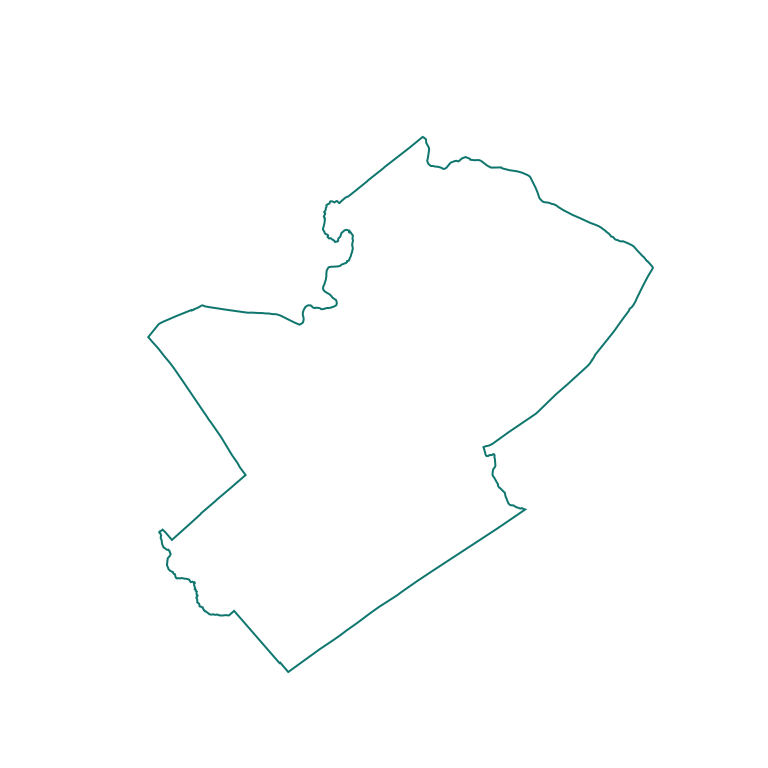 outline of Balaci, Teleorman, Romania, rotated 142°
{"feature_id": "2599482B69496145689", "entity_name": "Balaci", "entity_type": "district", "adm_level": 2, "iso_a3": "ROU", "parent_name": "Romania", "parent_adm1": "Teleorman", "projection": "albers", "projection_center": [24.893, 44.347], "detail": "fine", "context": "isolated", "style": "outline", "palette": "teal", "viewbox_px": 768, "rotation_deg": 142, "n_neighbors": 0, "source": "geoboundaries", "source_scale": "gbopen_adm2", "svg_char_len": 6166}
<svg xmlns="http://www.w3.org/2000/svg" viewBox="0 0 768 768"><g transform="rotate(142 384 384)"><path d="M201.4,554.9L218.0,554.5L249.8,554.6L252.1,554.4L270.9,554.3L272.7,554.1L291.8,553.8L296.9,553.8L298.1,554.3L299.5,554.6L304.5,554.4L307.2,554.0L307.9,554.2L308.0,554.5L308.1,556.1L308.5,557.2L309.1,557.4L311.3,557.6L312.2,559.6L313.5,560.8L314.3,560.9L315.8,559.8L317.7,560.3L319.4,560.3L319.7,559.6L320.4,558.9L321.6,558.4L322.9,557.0L325.3,556.3L325.5,555.8L325.2,555.2L325.2,554.7L325.5,554.4L328.3,553.0L328.5,552.3L328.4,551.1L329.2,550.7L329.4,549.9L329.8,549.5L331.9,547.4L336.8,543.6L337.1,542.8L337.1,541.7L337.8,539.0L337.6,538.0L336.7,536.6L336.5,535.7L336.7,535.2L337.9,534.7L337.9,534.4L337.6,532.4L336.3,531.8L336.1,531.4L335.7,529.3L335.4,529.0L335.2,528.4L335.0,526.6L335.1,526.0L334.1,525.7L333.1,525.0L332.0,525.0L331.0,526.3L330.1,526.8L327.8,527.0L324.7,529.1L321.1,529.4L319.9,529.2L318.8,528.7L316.9,526.2L318.0,525.5L318.1,525.0L317.9,524.5L317.1,524.6L316.9,524.4L317.1,521.4L317.0,520.4L319.5,517.7L319.9,516.4L320.3,515.9L321.2,515.3L323.8,512.9L323.9,512.1L325.6,509.4L326.8,508.8L327.9,507.5L329.0,507.1L331.3,505.3L335.9,502.9L337.5,503.6L338.1,502.8L339.8,502.8L341.0,503.4L341.9,503.5L343.8,504.2L345.9,504.1L348.3,505.2L348.8,505.7L352.7,508.3L353.2,508.8L355.5,510.0L356.2,510.0L359.3,508.7L362.0,505.9L362.6,504.9L365.5,502.1L368.7,500.0L369.5,499.3L371.9,498.2L372.9,497.2L373.7,495.9L373.8,494.1L373.3,492.2L371.7,488.2L371.4,486.4L371.4,483.7L370.2,479.9L370.3,478.9L371.5,476.6L372.8,475.6L373.9,475.5L375.6,475.8L378.8,476.9L380.3,477.6L382.1,479.0L385.9,480.5L387.0,481.3L387.5,481.8L387.7,482.8L388.3,483.8L390.8,486.2L391.7,486.3L392.1,486.7L393.0,488.4L393.1,490.3L393.6,491.3L395.2,492.6L396.3,493.0L398.5,493.1L401.7,491.8L404.0,490.2L405.5,488.4L406.5,485.9L407.5,484.4L408.7,483.3L410.2,482.3L412.8,482.5L414.1,482.8L416.9,487.9L423.4,501.6L425.4,504.6L426.7,506.0L428.8,507.7L431.4,510.5L433.9,512.5L436.5,515.1L438.3,516.4L444.4,521.8L445.9,522.8L447.9,524.5L460.8,537.8L474.8,552.6L477.4,555.6L478.0,556.9L479.0,558.0L481.2,558.4L483.4,558.6L488.2,560.0L488.4,559.7L489.0,559.9L490.4,560.4L490.3,560.9L505.1,565.2L520.0,569.1L523.8,569.8L525.0,569.8L540.9,566.1L540.6,559.9L540.0,551.3L540.0,541.5L539.7,531.7L539.8,526.4L540.8,509.6L543.0,477.6L543.6,467.5L544.0,463.6L544.0,460.7L545.0,443.0L547.6,421.1L548.1,411.7L548.9,406.8L549.1,397.5L568.0,396.5L587.2,395.8L588.1,395.6L607.8,394.7L608.5,394.4L621.7,393.4L647.1,391.7L647.6,402.1L648.1,405.5L648.9,405.4L651.8,405.9L652.5,405.4L652.6,405.0L652.1,403.8L652.6,403.2L652.9,401.7L654.0,401.0L654.4,400.5L654.8,400.2L655.4,397.7L656.4,396.3L657.2,394.8L657.6,393.9L658.0,391.9L658.3,391.3L658.3,390.8L657.8,389.7L657.3,387.5L656.9,386.8L655.9,386.2L656.1,385.5L655.8,384.4L655.9,384.0L656.3,383.4L656.5,382.9L656.6,381.7L657.7,380.8L658.6,380.4L661.7,379.8L662.2,379.4L662.6,378.8L664.0,377.7L664.9,376.4L665.6,376.0L666.3,375.1L666.8,374.2L667.4,371.7L667.7,371.2L667.7,369.7L667.4,368.2L666.6,366.5L666.1,365.8L666.5,364.8L666.5,364.0L666.4,363.4L665.9,363.0L665.9,362.8L666.6,361.2L667.0,360.6L667.1,360.1L666.9,359.2L667.2,358.8L666.6,358.0L665.3,357.4L664.0,356.0L663.0,355.8L661.1,353.5L659.4,351.9L658.0,349.9L658.3,346.9L656.6,346.1L656.1,344.8L655.5,344.7L655.4,344.4L655.4,344.0L655.6,343.6L656.7,343.6L656.8,343.0L657.4,342.5L658.2,340.4L658.4,339.4L659.4,339.0L659.0,337.7L659.7,337.1L659.3,335.7L659.9,335.4L661.1,333.7L661.4,332.9L661.0,332.5L661.0,332.3L662.3,331.4L663.0,331.5L663.2,331.3L663.7,330.5L663.7,329.4L664.4,328.6L665.1,327.3L665.6,327.0L665.6,326.5L665.2,325.7L665.0,324.9L665.3,323.8L666.1,322.6L666.2,322.2L665.0,320.8L665.0,320.2L664.4,319.5L664.8,318.5L664.9,317.8L665.2,317.0L664.8,316.0L665.1,315.4L664.8,315.2L664.2,313.5L663.5,311.1L663.4,310.1L662.1,308.6L660.4,307.7L660.2,307.2L658.6,305.6L657.4,305.2L656.6,303.4L655.9,303.1L655.5,302.4L654.4,301.4L651.0,299.3L648.7,297.1L641.8,297.5L638.2,228.9L638.0,228.1L637.3,228.2L636.8,216.0L597.8,214.6L580.3,213.3L571.2,212.9L566.1,212.9L552.1,212.2L536.4,211.9L525.1,211.4L503.5,209.4L497.9,209.3L479.5,208.3L461.3,206.9L384.0,200.4L350.0,198.2L352.0,201.5L352.7,201.5L353.7,202.5L354.6,204.2L355.5,205.2L356.7,208.4L357.0,208.9L359.0,210.7L359.3,211.7L359.4,212.9L359.3,214.1L357.9,218.7L357.6,220.2L355.8,223.9L356.6,230.4L357.0,231.4L357.0,232.2L356.7,234.0L355.9,234.8L355.6,237.4L354.8,242.4L354.8,243.7L354.7,245.0L353.8,246.4L351.4,248.8L350.1,249.7L348.2,250.1L346.5,251.0L342.7,256.8L342.2,258.1L340.8,259.7L340.6,260.4L340.7,261.1L341.1,261.5L342.8,261.6L344.5,263.0L346.1,263.1L347.4,264.0L347.6,264.6L347.5,265.6L345.2,270.9L344.5,273.0L342.4,272.4L339.0,270.8L335.8,270.1L315.6,269.3L282.7,267.1L280.7,267.2L254.8,270.0L239.5,270.8L211.9,272.9L209.3,273.4L205.1,274.7L205.2,274.9L202.3,275.7L199.6,277.0L170.8,283.8L154.6,288.6L147.1,290.6L145.6,291.1L144.2,292.0L141.7,292.0L139.4,292.5L134.9,294.3L131.8,296.0L119.6,301.9L110.1,306.2L101.0,309.7L100.6,310.1L100.3,310.9L100.5,315.5L100.7,317.2L100.7,318.6L101.1,319.0L101.1,323.8L101.5,325.6L102.2,332.9L102.5,338.5L103.0,340.1L103.5,341.4L104.0,342.3L105.3,345.0L107.8,349.4L108.8,349.9L109.8,350.8L110.7,352.2L111.2,353.4L112.5,355.0L112.9,356.3L112.9,358.2L113.2,359.1L114.1,360.2L114.2,360.6L114.1,362.2L114.3,364.2L115.1,367.2L115.2,367.7L115.1,368.0L116.7,373.8L117.7,376.3L119.6,379.7L122.3,384.0L127.5,394.2L131.2,400.9L135.7,410.7L137.8,416.5L138.1,418.1L138.9,420.0L139.8,421.4L141.0,422.7L142.2,425.0L145.9,428.8L146.4,429.6L146.8,430.9L147.1,434.7L145.0,440.7L143.8,445.0L141.4,456.8L141.4,457.6L141.6,458.6L142.3,460.4L145.1,465.5L148.2,469.7L153.3,475.0L157.8,480.8L158.3,481.7L158.3,482.5L166.4,488.6L168.2,492.5L170.2,500.2L171.4,502.1L175.0,504.7L177.9,507.6L177.7,508.7L180.1,512.7L183.9,513.8L188.1,513.5L188.5,513.8L189.0,514.8L190.0,515.6L191.0,516.1L194.9,517.3L196.3,517.2L201.5,516.0L203.3,516.1L205.0,517.1L205.5,518.8L207.5,521.7L209.6,523.6L211.3,525.8L212.8,526.9L213.5,529.8L212.9,532.5L212.4,533.4L209.9,535.4L204.5,540.6L203.8,541.3L203.1,542.7L202.3,547.7L201.6,549.1L200.5,550.5L200.3,551.2L200.7,553.0L201.4,554.9Z" fill="none" stroke="#0f766e" stroke-width="2"/></g></svg>